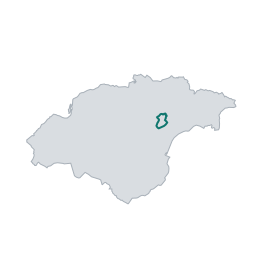 Iran, with Qom highlighted, rotated 125°
{"feature_id": "IRN-3232", "entity_name": "Qom", "entity_type": "Province", "adm_level": 1, "iso_a3": "IRN", "parent_name": "Iran", "parent_adm1": "", "projection": "robinson", "projection_center": [50.771, 34.662], "detail": "fine", "context": "in_parent", "style": "outline", "palette": "teal", "viewbox_px": 256, "rotation_deg": 125, "n_neighbors": 0, "source": "natural_earth", "source_scale": "10m", "svg_char_len": 4129}
<svg xmlns="http://www.w3.org/2000/svg" viewBox="0 0 256 256"><g transform="rotate(125 128 128)"><path d="M127.9,77.0L130.3,77.1L134.6,75.7L135.0,75.4L136.2,72.5L137.7,71.2L140.3,69.7L142.0,69.2L147.9,69.4L148.3,68.2L149.3,67.6L155.7,68.0L156.7,68.9L157.2,70.5L162.5,72.0L163.7,72.5L165.0,73.7L166.1,74.0L167.5,73.5L168.3,73.8L169.7,73.5L173.9,75.3L174.6,77.1L175.3,78.0L176.3,78.7L179.6,80.1L180.6,81.0L183.1,84.3L189.8,84.3L190.3,85.0L190.3,86.5L190.8,89.9L190.4,91.2L191.3,92.3L191.2,94.5L191.6,96.0L191.0,98.1L190.2,98.5L190.7,100.3L190.1,102.1L190.2,102.8L189.2,104.3L189.1,104.9L187.2,106.3L188.7,108.4L186.6,108.5L185.3,110.7L185.7,113.3L185.4,114.7L185.6,115.4L186.2,115.9L189.1,116.5L189.2,116.8L186.2,120.6L186.4,122.1L188.9,129.9L188.6,133.7L189.0,137.7L196.4,138.9L197.3,139.9L197.9,142.1L197.9,143.7L197.7,144.6L189.7,154.7L194.0,159.7L194.2,160.8L196.9,165.8L199.3,168.3L203.4,169.7L205.3,171.5L207.1,171.5L207.0,174.0L207.8,179.2L207.3,181.6L208.7,182.1L211.0,181.7L211.8,182.2L212.2,183.1L211.7,183.6L211.8,185.6L211.3,186.1L211.1,188.0L207.8,188.1L204.7,188.9L203.6,189.7L203.0,191.0L202.0,190.9L201.7,191.5L199.5,192.4L198.8,196.4L198.0,197.3L197.5,203.0L197.0,203.1L195.9,204.1L189.2,202.2L188.5,200.8L187.8,200.6L186.9,201.9L183.5,201.2L182.4,201.4L181.7,201.0L179.9,201.0L178.4,200.1L174.8,200.8L172.5,199.4L170.1,199.0L167.2,199.0L164.8,198.0L163.6,198.4L163.0,197.6L159.4,196.9L158.3,194.4L158.2,193.1L157.3,190.9L157.0,187.7L156.1,185.4L154.6,183.4L150.5,182.3L148.4,182.9L146.9,184.0L144.3,184.6L142.3,186.8L141.2,186.6L136.4,189.5L135.4,189.5L131.9,187.5L130.3,187.2L127.1,187.2L125.3,185.9L124.8,185.0L120.6,182.9L118.0,181.0L117.2,179.2L116.1,178.0L113.6,176.9L112.1,175.8L108.2,175.4L105.5,172.6L105.5,171.7L103.8,168.7L103.6,166.4L103.2,165.9L101.8,164.9L101.6,164.3L101.9,162.9L100.1,162.1L99.9,161.4L99.9,159.2L95.7,154.0L94.8,151.2L94.0,151.0L90.3,152.9L89.2,151.9L85.9,150.0L85.4,149.3L86.3,149.0L87.1,149.3L87.6,148.9L87.4,148.3L86.6,147.9L85.4,148.0L85.7,148.5L84.7,149.1L84.4,149.8L84.7,152.0L84.2,152.6L82.5,152.9L81.4,153.6L80.4,152.8L80.1,151.3L79.5,150.2L78.6,149.9L77.9,148.9L76.7,148.4L76.8,142.9L73.9,142.8L73.9,138.7L75.2,134.6L72.5,130.9L71.3,128.0L70.6,127.5L69.1,127.6L64.4,123.8L62.7,122.8L60.4,122.5L60.1,121.2L60.7,119.7L59.7,117.7L59.3,117.2L58.4,116.9L58.5,115.7L57.2,115.8L55.0,112.4L54.3,112.0L55.6,109.4L54.8,107.4L55.3,105.6L56.5,105.7L56.9,103.4L59.0,101.0L60.9,100.0L61.1,99.2L60.7,98.0L59.6,96.3L59.8,95.0L60.2,94.3L62.1,93.6L62.2,93.3L61.3,92.8L57.9,92.8L56.1,91.2L54.4,90.8L53.4,87.2L53.2,86.8L52.4,86.7L51.9,86.0L51.6,83.7L50.4,82.7L49.5,79.2L49.5,78.3L49.8,77.6L48.0,76.1L47.8,73.8L48.2,73.2L46.0,71.6L45.1,71.5L45.0,71.2L46.5,67.6L47.1,66.8L45.9,66.2L45.9,64.5L45.6,63.0L45.7,61.6L44.9,60.6L44.7,59.9L45.0,58.4L44.2,57.6L43.8,56.0L46.9,55.5L47.5,53.0L48.6,51.9L50.6,53.1L53.2,57.2L54.8,58.4L56.0,59.8L61.9,61.2L63.1,60.8L65.2,60.9L67.7,58.3L68.9,58.0L71.9,55.5L75.6,53.2L77.5,52.8L80.2,55.7L78.6,56.6L78.4,57.4L78.5,58.1L79.8,58.8L79.9,59.7L79.5,60.1L77.9,60.5L77.4,61.4L79.2,62.7L80.0,63.9L81.0,64.2L82.4,66.0L84.8,65.7L85.2,70.1L86.5,73.7L89.0,75.2L95.5,76.4L96.2,77.1L97.3,79.0L98.9,80.4L104.0,83.2L109.5,84.6L113.2,84.5L126.7,81.3L127.9,81.3L125.9,82.1L126.7,82.5L128.4,82.5L128.8,82.1L128.9,81.6L127.9,77.0ZM149.1,185.2L148.3,186.4L147.0,187.5L146.1,187.2L142.3,188.7L141.3,188.6L141.2,188.1L145.3,186.3L145.5,185.9L145.3,184.9L146.6,185.3L148.1,184.5L149.3,184.3L149.9,184.9L149.1,185.2Z" fill="#d9dde1" stroke="#a8b0b8" stroke-width="1"/><path d="M109.8,106.0L106.9,106.8L106.2,106.8L104.3,107.0L103.5,107.3L103.2,107.7L103.1,108.0L102.8,110.0L103.0,110.4L103.3,110.6L101.3,110.0L100.4,109.5L98.1,109.3L97.5,108.9L97.1,108.4L96.9,107.9L97.0,107.4L96.8,107.1L96.6,106.8L96.3,106.7L96.0,106.7L95.7,106.6L95.3,106.2L94.8,105.7L94.9,105.1L95.7,104.7L95.8,104.5L95.6,104.2L95.6,103.6L96.1,103.2L96.9,103.3L97.7,103.1L98.2,102.7L99.3,102.5L100.2,102.2L100.3,102.2L100.4,101.8L100.6,100.2L100.9,99.4L101.1,99.0L103.6,99.1L105.7,99.7L110.6,102.6L110.7,103.0L110.7,103.8L110.5,104.7L110.1,105.6L109.8,106.0Z" fill="none" stroke="#0f766e" stroke-width="2"/></g></svg>